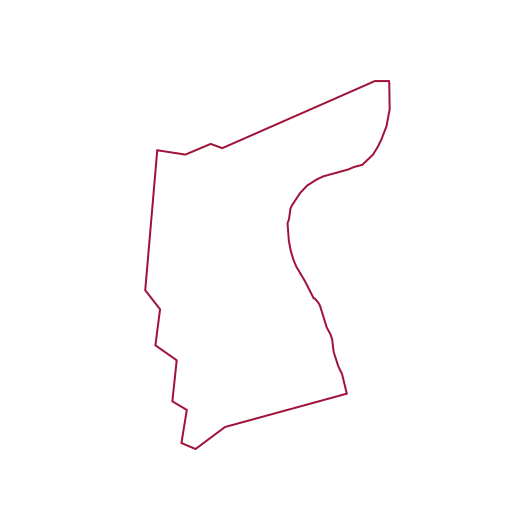 the district of Carroll, Kentucky, United States of America, rotated 104°
{"feature_id": "52423323B55040990829980", "entity_name": "Carroll", "entity_type": "district", "adm_level": 2, "iso_a3": "USA", "parent_name": "United States of America", "parent_adm1": "Kentucky", "projection": "equal_earth", "projection_center": [-85.147, 38.671], "detail": "fine", "context": "isolated", "style": "outline", "palette": "rose", "viewbox_px": 512, "rotation_deg": 104, "n_neighbors": 0, "source": "geoboundaries", "source_scale": "gbopen_adm2", "svg_char_len": 773}
<svg xmlns="http://www.w3.org/2000/svg" viewBox="0 0 512 512"><g transform="rotate(104 256 256)"><path d="M316.0,355.2L330.9,336.2L367.0,332.0L376.4,307.7L417.3,302.0L422.1,285.9L455.5,283.1L457.9,268.0L429.4,244.7L367.6,134.6L350.0,143.8L342.9,149.6L330.4,157.4L318.6,161.9L314.1,164.7L308.2,170.1L289.2,181.6L286.8,183.6L283.1,188.5L283.2,189.7L268.6,202.4L256.7,214.2L251.0,218.5L242.7,223.5L233.3,227.8L216.7,233.3L212.1,232.9L201.8,234.0L198.5,233.5L187.3,229.5L184.3,228.5L175.4,223.5L167.5,216.1L162.5,210.1L149.7,187.4L145.9,182.4L141.8,174.9L129.3,167.0L120.4,164.2L112.4,162.5L98.5,160.8L81.4,161.8L56.4,168.4L54.1,169.3L57.5,183.0L159.5,314.8L158.2,327.1L174.7,349.1L177.3,377.4L221.0,370.4L316.0,355.2Z" fill="none" stroke="#9f1239" stroke-width="2"/></g></svg>